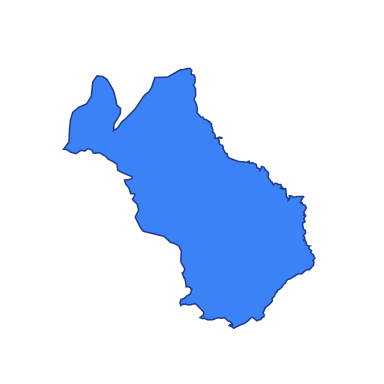 outline of Agios Ioannis Pafou, Paphos, Cyprus, rotated 289°
{"feature_id": "46923920B69551909873956", "entity_name": "Agios Ioannis Pafou", "entity_type": "district", "adm_level": 2, "iso_a3": "CYP", "parent_name": "Cyprus", "parent_adm1": "Paphos", "projection": "robinson", "projection_center": [32.691, 34.877], "detail": "fine", "context": "isolated", "style": "filled", "palette": "blue", "viewbox_px": 384, "rotation_deg": 289, "n_neighbors": 0, "source": "geoboundaries", "source_scale": "gbopen_adm2", "svg_char_len": 5270}
<svg xmlns="http://www.w3.org/2000/svg" viewBox="0 0 384 384"><g transform="rotate(289 192 192)"><path d="M181.3,124.3L178.1,126.6L176.2,129.6L174.9,131.3L170.4,134.7L171.3,136.9L171.2,138.5L170.3,138.9L168.5,138.7L165.9,138.0L164.7,139.5L163.0,143.8L157.6,147.4L156.3,147.4L152.9,146.9L150.4,146.5L149.5,146.8L147.2,149.1L141.0,155.5L139.0,158.8L140.2,171.6L141.0,179.9L139.9,182.5L137.2,188.7L137.5,189.3L137.6,190.1L137.5,193.0L137.4,193.8L137.0,196.0L136.4,197.8L134.8,198.9L133.4,200.6L132.1,201.3L129.4,202.0L126.8,202.8L123.3,203.9L122.0,204.5L120.2,206.4L118.4,208.7L116.9,210.3L115.2,210.2L112.9,210.0L112.3,209.5L112.3,209.2L111.1,209.8L110.4,210.7L108.1,212.7L107.2,214.0L105.0,215.0L104.8,215.4L100.4,217.3L101.3,219.5L101.0,221.8L99.8,222.6L100.0,223.7L95.7,223.4L94.5,223.5L92.4,221.2L89.5,219.6L88.9,219.2L87.1,216.9L85.7,216.5L83.1,216.8L81.0,218.4L82.8,219.7L83.3,221.4L84.0,222.2L83.8,223.7L84.2,224.3L84.1,225.5L85.1,227.8L86.2,229.0L87.5,231.9L86.3,234.5L84.9,236.8L84.4,238.3L82.0,242.4L79.6,242.8L75.8,240.5L75.7,243.3L76.6,245.0L76.2,248.3L77.9,253.0L81.4,257.2L82.4,261.4L83.8,263.6L82.0,267.5L81.7,270.3L80.3,273.6L79.2,273.7L79.6,272.6L79.0,270.9L77.9,270.7L77.7,270.6L77.8,272.8L77.2,274.5L76.7,275.8L79.8,278.8L82.8,281.7L84.7,284.3L88.5,287.0L92.1,288.6L93.3,290.2L91.3,295.4L91.9,295.9L92.9,296.8L93.7,298.5L95.7,298.9L97.3,300.6L99.5,300.2L100.9,298.2L102.7,298.8L105.0,298.7L107.3,299.5L109.1,300.6L112.2,302.4L115.2,303.4L117.7,302.4L119.9,303.7L123.1,303.9L125.3,304.9L126.8,304.8L128.6,306.4L131.2,307.9L133.7,308.5L136.1,309.8L138.9,310.2L140.6,311.1L142.1,313.4L143.8,314.5L145.8,316.5L147.1,317.3L147.9,317.8L148.6,318.8L149.5,319.6L150.3,322.3L155.4,325.3L156.6,327.3L156.6,328.3L162.4,330.7L164.9,330.1L165.7,330.1L166.4,328.6L167.3,328.8L168.2,329.5L169.3,329.8L169.8,329.4L170.3,328.5L170.8,328.0L171.8,327.6L173.4,324.0L174.1,323.7L175.3,324.2L176.4,321.4L176.5,321.1L178.1,320.5L178.7,320.6L179.2,321.0L179.0,320.1L178.9,318.6L179.2,317.9L180.4,316.7L181.2,316.7L182.8,314.7L182.3,313.6L183.2,313.0L183.7,314.2L186.2,313.0L186.0,311.8L187.1,311.3L188.9,312.5L191.1,312.6L192.8,311.2L193.2,309.3L195.4,308.3L195.3,308.2L196.5,307.1L197.3,307.2L199.2,306.8L199.9,307.5L199.7,307.8L200.6,308.5L202.0,307.7L202.5,306.7L202.8,306.6L204.1,306.5L205.0,306.7L205.4,307.2L206.5,307.3L206.9,307.1L207.1,306.4L206.5,305.1L207.3,305.0L207.8,305.6L209.0,304.6L209.8,304.3L211.5,304.7L212.8,305.1L214.4,305.1L215.6,304.1L216.2,303.1L216.3,301.7L216.1,300.7L216.6,300.4L217.1,300.2L217.7,299.5L217.8,298.9L216.9,298.6L217.5,297.6L218.5,298.0L219.4,298.1L220.1,298.0L221.1,298.3L221.3,298.0L223.8,299.1L223.9,298.1L222.5,294.7L222.4,294.0L221.7,292.5L220.2,290.4L220.6,287.3L220.6,286.5L220.1,285.2L217.9,286.5L216.3,286.3L215.3,285.7L217.3,285.0L218.6,282.7L222.8,280.9L225.8,279.4L225.6,278.7L225.3,278.5L225.1,278.1L224.4,277.8L224.4,276.6L225.1,276.6L225.8,276.2L224.6,275.6L224.3,275.2L224.3,274.5L224.7,274.2L225.8,274.5L227.5,274.3L227.9,273.1L227.5,272.1L227.0,270.9L227.8,269.7L227.2,267.6L226.4,267.0L225.1,266.7L226.2,265.2L227.3,264.9L227.3,263.3L228.4,262.5L229.9,260.1L231.8,258.6L233.6,258.7L235.0,258.1L235.9,256.6L236.6,254.7L238.9,251.8L238.8,249.4L236.1,249.6L234.4,249.1L234.9,248.7L235.7,248.4L236.1,247.3L235.8,245.8L237.0,245.0L238.4,244.3L239.1,243.4L238.9,242.4L238.8,241.9L239.5,240.1L237.9,236.8L239.6,236.3L239.8,236.0L239.6,235.7L238.0,234.0L237.6,233.0L237.5,232.1L236.8,229.3L235.9,225.3L236.1,224.1L236.1,223.3L236.0,220.3L236.3,219.0L236.1,217.1L236.3,215.7L236.6,215.5L237.5,213.7L239.4,213.0L239.8,211.4L239.8,210.7L243.1,207.2L244.1,207.1L245.0,206.7L245.6,205.9L246.0,205.3L245.9,203.5L246.0,203.1L246.3,202.6L246.6,202.2L247.4,201.6L248.9,201.4L250.6,199.5L251.1,199.3L251.6,199.5L251.9,200.1L252.2,201.2L252.4,202.3L252.6,202.7L253.0,202.6L253.0,201.9L252.9,201.0L252.6,199.8L252.0,199.3L251.7,198.7L251.0,198.3L250.8,197.4L250.5,197.0L250.4,196.1L252.6,195.8L254.3,194.4L255.2,193.0L255.1,192.3L255.4,192.0L257.7,191.4L260.4,189.3L260.5,188.8L261.1,188.7L262.4,188.6L263.0,187.8L263.6,185.3L264.1,185.7L264.4,184.6L265.0,181.9L264.7,180.1L266.3,178.1L265.8,175.8L267.5,173.1L268.1,171.1L272.4,170.0L273.0,169.6L276.4,167.5L280.3,163.7L284.1,164.1L290.5,161.8L292.2,160.2L293.5,158.5L296.8,159.1L301.2,157.6L303.3,155.9L303.0,154.3L302.8,153.2L305.1,152.3L306.8,152.3L307.8,150.5L308.3,150.0L307.2,147.3L304.3,142.9L303.8,141.9L304.1,141.4L292.6,131.5L292.2,130.5L292.2,130.3L288.2,119.7L278.1,119.7L273.5,119.0L268.5,115.8L267.0,115.2L261.1,113.6L260.4,113.4L252.3,111.3L247.0,108.9L239.6,105.4L235.7,102.9L232.1,101.9L228.3,100.8L225.9,99.0L224.4,97.9L230.5,96.2L233.8,96.9L235.2,97.2L242.8,98.7L247.5,97.4L247.8,97.2L249.8,92.4L253.7,90.4L260.4,86.1L261.0,85.6L263.4,83.5L268.4,77.8L271.0,74.5L272.1,69.5L270.8,64.3L263.6,62.4L249.8,65.6L241.0,63.7L235.6,57.6L228.4,53.3L220.3,53.7L211.7,55.7L199.2,59.4L190.6,56.6L191.3,59.6L190.1,64.6L190.5,69.8L194.9,73.2L195.1,73.6L195.3,73.9L195.9,77.4L199.1,79.4L199.2,79.6L199.1,83.6L196.7,86.0L196.8,87.0L199.0,91.7L197.6,98.7L197.3,99.3L195.8,101.9L195.1,106.8L194.4,110.1L193.8,112.1L188.7,114.6L188.4,114.8L187.7,119.0L187.3,124.2L187.0,130.2L185.5,130.8L184.9,130.6L183.2,128.1L181.3,124.3Z" fill="#3b82f6" stroke="#1e3a8a" stroke-width="1.5"/></g></svg>